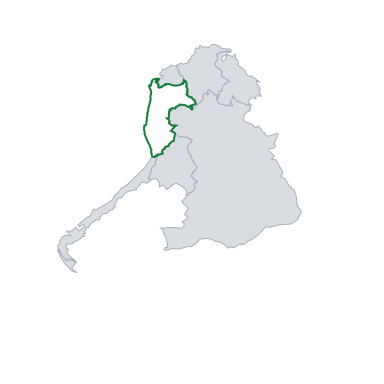 Peru and the surrounding countries, rotated 38°
{"feature_id": "PER", "entity_name": "Peru", "entity_type": "country or territory", "adm_level": 0, "iso_a3": "PER", "parent_name": "South America", "parent_adm1": "", "projection": "albers", "projection_center": [-73.974, -9.194], "detail": "fine", "context": "with_neighbors", "style": "outline", "palette": "green", "viewbox_px": 384, "rotation_deg": 38, "n_neighbors": 6, "source": "natural_earth", "source_scale": "50m", "svg_char_len": 12073}
<svg xmlns="http://www.w3.org/2000/svg" viewBox="0 0 384 384"><g transform="rotate(38 192 192)"><path d="M144.1,319.4L144.0,326.1L150.3,326.2L149.0,327.4L145.8,328.2L135.0,326.5L126.4,323.2L121.2,319.9L134.6,323.6L136.6,322.3L137.9,320.3L141.4,319.1L144.1,319.4ZM142.1,185.1L144.1,188.1L144.6,191.2L146.7,193.0L145.4,197.2L147.5,202.0L149.0,207.9L152.0,207.4L152.5,208.5L151.0,212.8L146.5,214.9L146.5,221.9L145.7,223.2L146.8,224.8L143.9,227.4L141.2,231.2L139.8,234.9L140.1,238.9L137.6,243.0L139.3,250.0L140.4,250.7L140.3,254.4L138.0,258.2L138.1,261.4L135.1,263.9L135.0,267.4L136.2,271.1L133.8,272.5L131.8,279.6L132.5,284.0L130.9,284.8L131.8,288.9L133.5,290.2L132.2,291.7L134.0,292.4L134.4,293.7L132.7,294.4L133.1,296.4L131.7,300.9L129.6,303.7L130.1,305.4L128.9,307.5L125.9,308.9L126.2,312.3L127.6,313.5L130.1,313.3L130.0,315.6L131.6,317.4L144.3,318.4L140.9,318.4L135.7,320.1L135.0,322.9L133.4,323.0L129.1,322.0L120.1,318.2L118.9,316.2L119.9,314.4L118.0,312.3L117.5,306.8L119.1,303.7L123.2,301.1L117.3,300.1L121.0,297.1L122.3,291.3L126.6,292.6L128.7,285.2L126.1,284.2L124.8,288.7L122.4,288.2L124.9,276.3L126.7,273.7L125.6,270.1L125.3,265.8L127.0,265.7L132.2,253.2L133.9,247.3L133.0,241.2L134.3,237.9L133.8,232.8L136.2,227.8L139.8,201.5L138.8,188.4L140.9,187.3L142.1,185.1Z" fill="#d9dde1" stroke="#a8b0b8" stroke-width="1"/><path d="M205.9,254.9L204.9,252.6L206.7,250.8L204.6,248.0L197.6,242.8L196.1,242.8L192.2,239.5L189.6,239.8L200.0,230.7L206.3,227.1L206.6,223.8L204.7,221.2L202.6,221.9L204.2,217.1L204.4,214.8L202.9,213.9L201.4,214.5L199.9,214.3L199.3,208.7L198.6,207.4L195.9,206.1L194.1,206.9L189.8,205.8L190.4,200.1L189.2,197.6L190.6,196.8L190.3,194.3L191.5,192.5L192.4,189.1L191.5,186.4L189.3,185.1L188.9,183.3L189.7,180.9L181.6,180.3L180.2,175.2L181.5,175.2L180.6,169.5L178.2,168.1L175.5,168.0L171.0,165.8L169.4,164.1L164.7,163.2L160.2,159.2L160.6,151.3L155.0,151.9L149.0,155.2L148.0,156.5L142.7,156.2L140.3,156.9L138.3,156.4L138.7,149.7L135.2,152.3L131.4,152.2L129.8,149.8L127.0,149.5L127.9,147.7L125.5,145.0L123.7,141.1L124.9,140.3L124.8,138.4L127.5,137.1L127.0,134.8L128.1,133.3L128.5,131.2L133.4,128.3L137.6,126.8L141.5,127.0L143.7,113.3L143.0,110.8L141.1,109.2L141.2,106.0L143.6,105.3L144.5,105.8L144.7,104.1L142.1,103.7L142.1,101.0L150.7,101.2L152.2,99.7L154.2,103.7L155.0,103.2L157.4,105.5L160.8,105.3L161.7,104.0L166.8,102.4L167.4,100.6L170.6,99.5L170.4,98.6L166.6,98.1L166.3,92.5L164.4,91.3L165.2,91.0L172.0,92.8L173.3,91.8L181.5,89.8L183.2,88.3L182.7,87.0L185.0,86.9L186.0,88.0L185.3,89.8L186.8,90.5L187.8,92.5L186.5,94.0L185.6,97.6L186.9,101.8L189.5,103.9L191.7,104.2L192.2,103.4L195.6,102.6L197.1,101.6L203.0,102.4L203.2,99.4L207.1,99.6L211.5,101.6L212.9,100.5L213.9,100.8L214.4,102.0L216.5,101.8L218.3,100.3L222.7,93.5L224.2,93.4L227.2,103.4L229.5,104.3L229.4,107.3L225.9,110.6L227.1,112.0L234.8,113.2L234.7,117.5L238.2,114.9L250.6,120.1L252.5,122.8L251.6,125.2L256.8,124.2L265.0,127.3L271.5,127.7L277.6,131.9L282.6,137.3L285.8,138.9L289.4,139.5L290.8,141.0L292.1,149.4L289.6,156.4L280.5,164.5L277.4,169.1L273.9,172.6L272.8,172.6L271.3,175.7L270.8,183.8L268.3,193.2L266.8,194.8L265.5,200.4L260.8,205.6L259.7,210.0L256.2,211.5L255.1,213.9L250.6,213.5L244.0,214.6L241.0,216.3L236.3,217.2L231.3,220.2L227.5,224.1L226.7,227.1L227.2,229.5L225.1,235.5L222.2,237.6L217.2,244.5L210.7,249.1L208.6,252.8L205.9,254.9Z" fill="#d9dde1" stroke="#a8b0b8" stroke-width="1"/><path d="M142.7,156.2L148.0,156.5L149.0,155.2L155.0,151.9L160.6,151.3L160.2,159.2L164.7,163.2L169.4,164.1L171.0,165.8L175.5,168.0L178.2,168.1L180.6,169.5L181.5,175.2L180.2,175.2L181.6,180.3L189.7,180.9L188.9,183.3L189.3,185.1L191.5,186.4L192.4,189.1L191.5,192.5L190.3,194.3L190.6,196.8L189.2,197.6L189.2,196.3L185.5,193.9L181.6,193.7L174.3,194.7L172.2,198.4L172.0,200.7L170.3,205.8L169.6,204.8L164.9,204.5L163.2,207.9L160.9,204.8L155.5,203.6L152.0,207.4L149.0,207.9L147.5,202.0L145.4,197.2L146.7,193.0L144.6,191.2L144.1,188.1L142.1,185.1L144.8,180.4L143.0,176.8L144.0,175.3L143.3,173.7L144.9,171.5L145.3,164.7L146.3,163.3L142.7,156.2Z" fill="#d9dde1" stroke="#a8b0b8" stroke-width="1"/><path d="M155.0,103.2L154.2,103.7L152.2,99.7L150.7,101.2L142.1,101.0L142.1,103.7L144.7,104.1L144.5,105.8L143.6,105.3L141.2,106.0L141.1,109.2L143.0,110.8L143.7,113.3L141.5,127.0L139.3,124.7L138.0,124.6L140.9,120.2L137.6,118.1L134.9,118.5L133.4,117.7L131.0,118.8L127.7,118.3L125.1,113.7L118.8,108.5L117.6,108.9L113.6,106.5L112.4,107.2L108.6,106.6L107.5,104.8L102.3,102.5L101.7,101.1L103.3,100.8L103.1,98.6L104.1,97.1L106.3,96.7L109.8,91.8L108.2,90.8L109.0,88.3L107.9,84.4L108.9,83.3L108.1,79.7L106.3,77.5L106.9,75.5L108.3,75.7L109.1,74.5L108.1,72.0L108.6,71.4L110.9,71.5L114.3,68.6L116.1,68.1L117.0,63.3L119.6,61.3L122.4,61.2L122.8,60.4L126.3,60.7L131.6,57.8L133.8,55.8L135.4,56.1L136.6,57.1L135.7,58.5L132.8,59.2L131.7,61.2L128.6,63.9L126.8,69.3L129.1,69.6L130.7,72.5L130.6,76.6L131.7,76.9L132.8,78.4L138.5,78.0L141.1,78.6L144.2,82.3L151.8,81.7L153.3,82.4L151.5,86.1L151.1,89.2L153.3,94.3L151.0,96.4L153.8,98.8L155.0,103.2Z" fill="#d9dde1" stroke="#a8b0b8" stroke-width="1"/><path d="M179.8,83.7L183.2,88.3L181.5,89.8L173.3,91.8L172.0,92.8L165.2,91.0L164.4,91.3L166.3,92.5L166.6,98.1L170.4,98.6L170.6,99.5L167.4,100.6L166.8,102.4L161.7,104.0L160.8,105.3L157.4,105.5L155.0,103.2L153.8,98.8L151.0,96.4L153.3,94.3L151.1,89.2L151.5,86.1L153.3,82.4L151.8,81.7L144.2,82.3L141.1,78.6L138.5,78.0L132.8,78.4L131.7,76.9L130.6,76.6L130.7,72.5L129.1,69.6L126.8,69.3L128.6,63.9L131.7,61.2L132.8,59.2L135.7,58.5L135.6,59.5L132.9,60.0L134.4,61.8L134.3,64.0L132.3,66.4L134.0,69.7L136.0,69.4L137.0,66.4L135.6,65.0L135.4,61.8L141.0,60.2L140.4,58.3L142.0,57.0L143.6,59.9L146.8,60.0L149.7,62.3L149.8,63.7L158.7,63.5L161.3,65.4L164.7,66.0L167.3,64.8L167.3,63.7L178.3,63.8L174.5,64.9L175.9,66.9L179.5,67.3L182.9,69.5L183.5,72.8L185.8,72.8L187.5,73.9L183.9,76.2L183.4,77.7L184.9,79.3L181.0,80.6L181.0,82.6L179.8,83.7Z" fill="#d9dde1" stroke="#a8b0b8" stroke-width="1"/><path d="M117.6,108.9L118.3,112.2L116.9,115.0L112.2,119.6L107.0,121.4L104.3,125.2L103.6,128.2L101.1,130.0L99.3,127.8L95.7,127.8L95.6,126.2L96.8,125.1L96.3,123.3L98.5,120.0L97.6,118.1L95.9,120.2L93.3,118.3L94.1,117.1L93.3,113.1L94.9,112.5L97.2,106.9L96.9,105.2L102.3,102.5L107.5,104.8L108.6,106.6L112.4,107.2L113.6,106.5L117.6,108.9Z" fill="#d9dde1" stroke="#a8b0b8" stroke-width="1"/><path d="M141.2,126.8L141.1,127.1L140.8,127.2L140.4,127.0L140.2,127.0L139.6,126.8L139.5,126.6L139.3,126.4L138.7,126.4L138.3,126.4L137.9,126.4L137.5,126.5L137.2,126.7L137.0,127.0L136.8,127.2L136.0,127.4L135.6,127.4L135.3,127.5L134.8,127.6L134.4,127.7L133.0,127.9L132.4,128.2L132.0,128.5L131.2,128.9L130.8,129.1L130.3,129.6L129.7,130.1L129.3,130.3L128.7,130.4L128.5,130.6L128.4,130.7L128.4,130.9L128.2,132.2L128.1,132.8L127.7,133.5L127.3,134.1L127.1,134.5L127.0,134.8L127.1,135.1L127.4,135.9L127.4,136.1L127.4,136.4L127.2,136.7L126.9,136.9L126.6,136.9L125.8,137.4L125.0,138.0L124.7,138.3L124.5,139.1L124.6,139.4L124.7,139.5L124.9,139.9L124.9,140.1L124.7,140.2L124.3,140.3L124.1,140.4L123.8,140.4L123.8,140.6L123.9,140.8L123.8,141.0L123.7,141.2L123.7,141.3L124.1,141.6L124.4,142.0L124.7,142.1L124.9,142.2L124.9,142.4L124.8,142.6L124.6,142.7L124.6,142.9L125.0,143.2L125.2,143.5L125.3,143.8L125.3,144.0L125.5,144.2L125.6,144.4L125.6,144.7L126.2,145.1L126.4,145.2L126.4,145.4L126.4,145.6L126.6,146.0L127.1,146.3L128.1,147.5L128.1,148.0L127.0,149.3L127.9,149.3L128.7,149.3L129.6,149.5L130.2,149.7L130.6,149.8L130.8,150.0L131.1,150.6L131.1,150.9L131.5,151.2L131.4,151.9L133.9,152.0L135.0,151.9L135.4,151.8L136.0,151.3L136.3,151.2L136.6,150.9L137.0,150.5L137.3,150.3L137.5,150.1L137.9,149.9L138.0,149.7L138.4,149.5L138.2,150.0L138.2,150.3L138.3,150.7L138.2,150.9L138.0,151.2L137.9,156.4L138.1,156.2L138.4,156.1L138.8,156.5L139.0,156.6L139.4,156.6L139.7,156.6L140.4,156.3L140.8,156.1L141.4,156.1L142.1,156.2L142.5,156.2L146.2,163.0L145.8,163.5L145.8,163.8L145.6,164.0L145.4,164.1L145.1,164.4L144.9,164.6L144.9,166.8L144.8,167.3L144.7,167.8L144.5,168.2L144.7,168.6L144.9,169.4L145.0,169.6L145.2,170.0L145.3,170.3L145.2,170.4L144.9,170.6L144.7,170.7L144.7,171.2L144.5,171.4L144.2,171.6L143.9,172.0L143.7,172.1L143.5,172.8L143.2,173.0L143.1,173.4L143.1,173.7L143.3,174.1L143.9,174.8L144.0,174.9L143.6,175.3L143.4,175.6L142.9,176.5L143.0,177.1L143.7,178.9L143.8,179.0L144.1,179.2L144.4,179.2L145.0,179.4L145.2,179.6L145.3,179.7L145.2,179.8L144.6,180.1L144.5,180.3L144.4,180.6L144.5,181.0L144.4,181.2L144.0,181.3L143.7,181.6L143.5,182.0L143.0,182.6L142.8,182.8L142.7,183.0L141.9,183.4L141.9,183.6L141.9,183.8L142.2,184.0L142.4,184.3L142.4,184.6L142.4,184.8L142.1,185.1L141.7,185.4L141.2,185.4L141.0,185.6L141.0,186.0L141.2,186.5L141.2,186.8L141.0,187.3L140.6,187.8L140.1,188.1L139.6,188.3L139.1,188.3L138.8,188.3L138.6,188.4L138.3,188.1L136.9,187.1L136.4,186.5L135.9,186.3L134.8,185.5L134.7,185.2L134.5,184.3L134.4,184.1L134.0,183.8L133.0,183.3L132.6,183.1L132.2,182.8L131.6,182.5L130.9,181.9L130.5,181.5L130.1,181.2L128.7,180.8L128.0,180.4L126.7,179.8L126.2,179.4L124.8,179.0L124.4,178.8L123.0,177.7L122.1,177.4L121.3,176.8L119.0,175.6L118.7,175.2L118.3,174.5L117.8,174.2L117.2,173.3L116.4,172.8L115.5,172.2L115.2,171.6L114.7,170.8L114.5,170.4L114.0,170.0L114.0,169.2L113.6,168.8L113.9,168.6L114.1,168.6L114.4,167.3L114.3,166.7L113.4,165.5L113.1,165.0L112.9,164.3L112.5,163.9L112.0,163.0L111.7,162.2L111.0,161.7L110.8,161.5L110.7,161.2L110.3,161.0L110.3,160.4L110.0,159.2L109.6,158.7L108.2,157.6L108.2,157.2L108.1,156.5L107.8,155.6L106.2,153.1L105.8,152.4L105.4,151.2L105.1,150.5L104.7,149.3L104.1,148.3L103.7,147.5L103.3,146.5L103.3,146.0L102.6,145.1L102.2,144.2L101.5,143.5L100.9,143.0L100.6,142.6L99.6,140.8L99.5,140.2L98.9,139.3L98.3,138.5L97.9,138.0L97.4,137.5L94.3,135.9L93.2,135.2L92.9,134.9L92.7,134.4L92.7,134.1L93.1,133.9L93.5,134.1L93.8,134.0L94.0,133.6L93.9,133.1L93.7,132.4L92.7,131.1L92.7,130.8L92.9,130.4L92.5,129.8L92.1,129.3L91.9,128.9L92.1,127.4L92.3,127.0L93.8,125.4L94.1,124.8L94.8,124.3L95.4,123.7L96.2,123.2L96.4,123.4L96.4,123.7L96.5,123.8L96.5,124.0L96.7,124.6L96.7,125.0L96.8,125.3L96.8,125.5L96.5,125.7L96.3,125.9L96.1,125.9L95.7,125.8L95.4,126.2L95.5,126.4L95.5,126.6L95.7,126.8L96.1,126.8L95.5,127.6L95.6,127.8L95.8,127.9L96.0,127.9L96.4,127.7L96.8,127.2L97.0,127.2L97.4,127.3L97.8,127.6L98.3,127.8L98.5,127.9L99.2,127.8L99.8,128.2L99.8,128.8L100.0,129.2L100.6,129.9L100.9,130.0L101.2,130.0L101.7,130.1L101.9,130.0L102.1,129.6L102.4,129.5L102.4,129.4L102.3,129.2L102.4,128.9L102.6,128.7L103.4,128.2L103.5,127.8L103.5,127.6L103.4,127.5L103.4,127.2L103.7,126.5L103.9,125.7L104.1,125.6L104.3,125.1L104.5,124.8L104.5,124.5L104.6,124.3L104.6,124.0L104.8,123.3L104.8,123.1L105.0,123.1L105.2,123.3L105.2,123.5L105.3,123.5L105.6,123.4L105.5,123.1L105.4,123.1L105.5,122.9L106.5,121.6L106.9,121.3L109.0,120.5L112.0,119.4L114.5,117.5L116.5,115.2L116.8,114.9L117.5,112.3L117.8,112.5L118.1,112.5L118.2,112.4L118.0,111.3L118.1,111.1L118.1,110.8L118.1,110.7L117.9,110.5L117.4,110.0L117.2,109.7L117.1,109.4L116.5,109.0L116.5,108.8L117.2,109.0L117.8,108.9L118.0,108.7L118.3,108.5L118.5,108.5L119.3,108.9L119.5,109.1L119.8,109.1L120.0,109.1L120.3,109.6L120.6,109.7L121.0,109.9L121.6,110.5L121.8,110.8L122.0,111.3L122.1,111.6L122.2,111.8L122.2,112.0L122.4,112.3L122.6,112.5L122.9,112.6L123.4,112.7L123.7,113.0L124.0,113.1L124.3,113.4L124.5,113.5L124.8,113.5L125.1,113.7L125.4,114.0L125.5,114.3L125.8,114.5L125.9,114.9L125.7,115.4L125.9,115.6L126.1,115.8L126.5,116.0L126.9,116.0L127.0,116.0L127.5,117.3L127.3,117.6L127.3,117.8L127.3,118.2L128.1,118.4L128.3,118.7L128.5,118.7L128.8,118.7L129.3,118.7L129.5,118.5L130.7,118.8L131.1,118.7L131.4,118.7L131.8,118.6L132.1,118.4L132.4,118.4L132.7,118.2L133.2,117.7L133.5,117.6L134.3,117.9L134.6,118.2L134.8,118.3L135.0,118.4L135.4,118.4L135.9,118.3L136.2,118.1L136.9,117.9L137.1,117.9L138.0,118.5L138.3,118.8L138.6,118.8L138.8,119.0L139.3,119.1L139.5,119.3L139.8,119.4L140.0,119.7L140.4,119.8L140.7,119.9L140.8,120.1L140.8,120.3L137.8,124.8L138.0,124.8L138.7,125.1L138.9,125.2L139.2,125.1L139.4,124.9L139.5,124.9L140.0,125.2L140.2,125.7L140.3,126.0L140.6,126.1L140.9,126.4L141.2,126.8Z" fill="none" stroke="#15803d" stroke-width="2"/></g></svg>